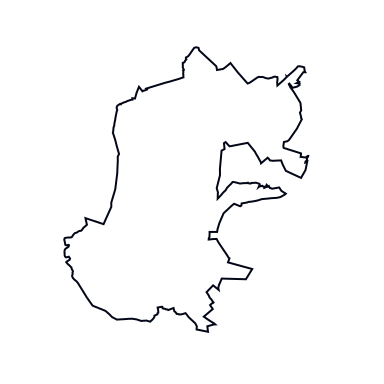 Bochil, Chiapas, Mexico (Natural Earth projection), rotated 76°
{"feature_id": "50627088B6808518022322", "entity_name": "Bochil", "entity_type": "district", "adm_level": 2, "iso_a3": "MEX", "parent_name": "Mexico", "parent_adm1": "Chiapas", "projection": "natural_earth1", "projection_center": [-92.951, 17.023], "detail": "fine", "context": "isolated", "style": "outline", "palette": "ink", "viewbox_px": 384, "rotation_deg": 76, "n_neighbors": 0, "source": "geoboundaries", "source_scale": "gbopen_adm2", "svg_char_len": 5843}
<svg xmlns="http://www.w3.org/2000/svg" viewBox="0 0 384 384"><g transform="rotate(76 192 192)"><path d="M89.1,240.4L90.1,243.3L90.8,244.1L91.2,244.4L91.9,244.7L92.5,244.8L93.7,244.7L94.4,244.7L95.1,245.3L100.5,247.9L103.2,249.0L106.5,250.6L109.3,251.6L110.1,252.4L114.4,253.9L115.4,254.5L116.8,254.3L123.2,253.9L129.2,253.9L137.5,253.6L139.7,255.5L143.2,256.3L156.0,260.1L170.8,265.8L182.8,272.9L186.9,273.9L201.8,285.6L191.6,301.7L198.4,301.9L198.7,302.7L199.4,303.7L199.7,304.6L200.4,305.9L202.1,307.9L202.5,308.3L202.8,309.3L202.6,310.2L202.6,311.2L202.9,312.1L203.5,313.5L203.5,314.8L203.6,315.7L204.4,317.0L206.6,319.5L206.8,320.2L206.6,321.5L206.3,322.8L206.0,324.2L205.9,326.3L206.1,326.8L206.6,327.0L207.4,327.5L207.7,327.5L209.9,327.5L212.5,327.7L213.0,327.4L213.1,327.1L213.4,326.0L213.4,324.6L213.5,324.4L213.9,324.3L214.9,324.8L215.3,325.2L215.4,325.5L215.7,326.4L216.1,327.3L216.4,328.3L216.8,328.9L217.6,329.6L218.6,330.0L219.5,330.3L221.1,330.5L222.1,330.8L223.0,330.9L223.8,330.8L224.6,330.3L224.9,330.1L225.0,329.8L225.0,327.2L227.0,326.4L228.2,327.2L228.7,328.9L229.2,330.4L229.7,331.0L231.6,330.1L233.8,328.6L236.2,327.2L236.5,327.2L237.2,327.4L238.5,327.1L239.5,326.7L240.2,326.8L240.6,326.9L240.8,327.2L241.1,327.4L242.9,327.7L244.0,328.5L244.9,328.7L246.8,328.3L248.7,327.2L250.4,325.9L252.0,325.0L253.6,324.4L255.1,324.0L255.9,323.7L264.9,320.8L268.5,319.7L277.1,316.4L278.1,316.0L278.8,315.1L279.2,314.7L281.2,311.8L282.3,310.4L283.4,308.8L286.3,304.9L286.7,304.5L290.6,301.8L294.2,299.7L294.8,298.9L297.6,295.8L299.3,286.8L299.7,284.2L299.9,283.5L300.5,280.7L302.2,276.6L304.8,272.5L305.7,267.4L307.7,263.9L306.9,262.6L306.6,261.9L306.0,260.9L305.1,259.7L304.4,258.9L303.5,258.5L302.9,258.4L302.4,255.3L302.0,255.0L301.3,254.8L300.9,253.9L300.3,253.7L298.9,253.6L298.5,253.4L295.8,253.3L295.9,251.3L296.1,248.8L296.3,248.6L296.6,248.5L296.8,248.6L297.7,248.6L298.0,248.4L298.3,247.8L298.4,247.4L298.7,246.6L299.1,246.1L299.6,245.7L299.8,244.8L300.2,244.0L300.4,243.8L300.8,243.6L300.1,238.0L303.5,238.0L304.4,237.2L304.9,236.9L306.5,236.4L306.5,236.2L306.9,235.2L307.1,234.9L307.5,234.5L307.6,234.0L307.8,233.8L307.8,233.5L307.9,233.2L308.1,232.4L308.2,231.6L308.0,227.6L309.8,226.7L312.7,225.5L320.2,220.6L323.4,219.8L326.5,220.8L331.5,210.3L326.0,209.6L325.8,202.9L326.1,201.5L324.9,202.3L322.5,204.7L319.6,207.4L315.8,210.7L310.6,200.2L309.7,200.4L308.9,200.8L306.1,201.8L305.4,200.4L305.1,200.2L304.9,199.7L304.9,198.8L304.7,198.3L304.4,197.9L304.2,198.1L301.1,199.1L298.8,200.4L296.4,200.8L292.7,202.1L287.7,194.1L293.4,189.8L291.4,189.7L288.3,188.1L288.3,187.9L283.2,184.1L289.7,160.8L281.3,152.2L269.0,174.1L265.4,171.7L264.8,172.3L261.9,173.2L247.7,178.4L243.5,179.5L242.7,183.3L242.2,187.3L241.1,187.0L239.9,185.9L239.5,185.9L238.1,185.4L235.0,184.6L236.8,177.3L235.6,176.7L234.8,176.5L234.2,176.2L228.7,172.9L220.3,166.5L215.0,157.0L213.6,154.0L217.5,148.7L217.1,147.4L215.1,146.6L215.3,144.2L215.5,141.3L215.3,139.3L215.7,137.0L216.0,133.3L216.0,132.5L216.1,130.1L216.0,129.0L215.8,125.9L216.1,124.0L216.9,118.9L217.0,117.7L217.3,116.0L217.8,113.2L218.2,111.1L218.3,107.7L217.1,103.0L216.3,101.4L213.7,103.9L213.0,104.5L212.5,105.0L208.7,106.3L208.2,113.4L207.8,114.1L207.0,114.9L206.9,115.5L206.3,115.7L204.8,116.0L205.2,117.0L203.1,117.8L203.5,118.2L203.6,118.3L203.9,118.1L204.5,118.6L205.0,118.1L205.5,120.9L204.3,120.7L203.8,121.8L203.0,122.2L202.9,122.4L203.1,123.8L202.8,124.1L202.8,125.0L203.3,126.1L201.0,124.4L200.4,124.6L198.5,127.6L197.6,132.3L198.0,133.0L197.1,135.4L196.5,135.5L196.5,137.2L195.9,139.8L195.4,143.4L192.9,148.0L192.1,150.0L192.4,150.6L193.4,151.9L196.3,156.9L197.6,158.1L198.5,159.0L199.4,160.7L200.6,162.6L201.6,163.9L202.8,165.7L204.7,168.7L201.9,167.9L200.0,167.4L198.6,166.9L194.3,167.1L182.7,160.9L181.7,160.6L176.3,159.3L159.0,153.3L158.2,150.0L152.4,149.2L151.7,147.3L156.7,144.6L156.9,142.9L157.8,126.0L168.3,121.1L169.5,120.9L174.2,119.5L177.8,118.6L179.1,118.1L180.9,118.1L178.6,113.5L177.5,111.1L177.0,110.4L178.0,109.6L180.2,108.7L181.3,106.1L181.8,103.1L182.0,102.3L182.9,97.9L187.6,97.3L194.2,95.8L204.7,82.8L198.1,76.5L190.3,72.8L190.6,74.2L190.7,74.9L189.8,74.4L189.1,72.8L188.7,72.6L188.1,72.6L187.6,72.4L186.8,72.4L186.6,72.1L186.3,71.4L186.0,71.1L185.7,70.8L185.1,70.5L185.0,70.8L186.0,73.5L184.2,78.1L181.4,77.0L180.9,76.9L171.4,92.4L169.6,92.3L165.7,90.7L165.8,87.2L165.2,85.7L164.5,84.7L155.5,74.4L154.9,74.0L147.9,67.8L146.4,68.3L145.3,67.9L143.7,68.0L141.2,68.1L139.2,66.3L132.5,65.3L131.5,65.3L124.5,67.5L122.2,68.2L118.9,69.3L115.9,70.5L115.2,70.8L114.3,71.2L112.4,71.6L111.6,71.8L110.6,71.9L110.4,71.3L111.4,70.9L112.7,70.2L115.2,69.2L115.2,65.2L115.1,64.1L114.8,63.5L114.2,61.7L113.2,61.7L112.8,61.4L111.7,64.2L110.9,61.4L109.1,62.8L106.2,59.3L102.7,55.0L103.2,53.1L102.0,53.4L98.2,53.0L97.1,54.8L96.0,57.3L95.7,58.7L96.1,59.4L97.4,61.2L98.9,63.8L103.1,71.9L102.7,72.2L103.2,72.2L105.2,75.3L109.4,83.4L106.0,82.8L104.1,82.0L102.4,81.5L101.1,81.4L100.9,82.3L100.1,83.5L100.1,84.0L100.0,85.2L100.3,85.9L100.4,86.3L100.4,87.5L100.4,90.5L99.2,93.2L98.8,93.6L97.4,95.7L97.1,97.5L96.4,99.5L96.9,101.5L99.0,107.0L100.0,109.9L100.2,111.8L87.3,118.5L76.2,123.5L78.8,128.8L80.1,132.0L79.7,138.2L75.9,138.0L56.3,150.8L53.7,150.8L52.5,153.2L52.7,154.6L52.7,155.1L58.4,161.6L58.9,162.3L59.4,163.0L59.8,164.5L60.0,165.3L60.5,165.6L62.1,165.4L62.5,166.4L63.2,167.1L63.8,167.4L64.2,168.2L64.4,168.7L64.6,168.9L64.5,169.7L69.1,170.8L70.0,170.6L70.6,170.6L71.5,170.3L71.9,171.3L72.5,171.2L73.3,171.3L74.0,171.5L75.3,172.1L76.2,172.0L77.1,172.2L78.0,172.6L78.7,172.6L79.1,177.7L79.5,187.4L79.5,191.4L80.6,211.5L81.7,211.0L82.0,213.1L82.0,214.8L82.3,215.7L77.1,218.0L80.7,220.6L82.4,221.8L87.5,224.7L86.6,227.2L88.0,227.5L87.8,228.2L88.1,232.8L88.5,234.2L88.6,236.3L89.0,238.4L89.2,239.2L89.7,239.8L89.1,240.4Z" fill="none" stroke="#020617" stroke-width="2"/></g></svg>